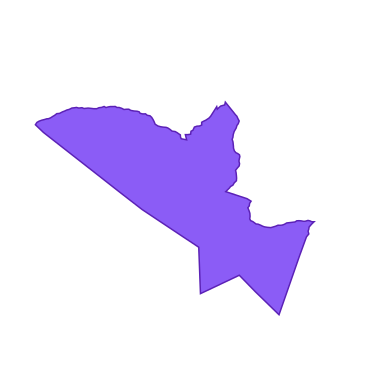 the district of Ipaporanga, Ceará, Brazil, rotated 52°
{"feature_id": "56859067B52253098502550", "entity_name": "Ipaporanga", "entity_type": "district", "adm_level": 2, "iso_a3": "BRA", "parent_name": "Brazil", "parent_adm1": "Ceará", "projection": "natural_earth1", "projection_center": [-40.841, -4.904], "detail": "fine", "context": "isolated", "style": "filled", "palette": "violet", "viewbox_px": 384, "rotation_deg": 52, "n_neighbors": 0, "source": "geoboundaries", "source_scale": "gbopen_adm2", "svg_char_len": 2284}
<svg xmlns="http://www.w3.org/2000/svg" viewBox="0 0 384 384"><g transform="rotate(52 192 192)"><path d="M141.7,110.4L143.5,112.6L141.9,116.6L142.3,121.1L140.0,120.0L143.8,130.7L144.2,133.2L143.9,136.9L143.3,139.5L143.0,141.5L145.2,143.1L144.6,145.5L143.2,147.5L142.3,150.1L143.9,153.3L143.5,155.4L145.6,157.5L144.3,159.8L142.7,161.9L147.6,164.1L143.4,167.7L141.6,167.2L139.8,166.0L137.7,166.7L136.0,167.2L133.9,168.1L131.8,170.2L129.1,170.8L126.7,171.6L125.1,172.6L123.4,174.5L121.4,176.4L119.0,178.2L115.9,179.3L113.0,178.5L111.0,178.1L108.4,177.8L106.0,178.2L104.1,180.0L101.8,180.5L100.2,182.7L98.1,184.4L96.2,184.3L94.5,185.6L92.4,187.9L90.0,190.0L87.9,190.8L86.5,192.6L85.1,194.8L82.7,195.9L80.5,197.4L79.2,199.1L77.4,199.8L75.9,201.8L74.3,203.9L73.3,205.8L72.5,207.8L70.5,208.6L69.7,211.1L68.3,213.4L67.7,215.8L65.9,218.1L63.9,220.1L61.9,222.2L59.7,225.7L57.8,226.8L56.2,229.5L54.2,231.0L53.0,233.2L51.9,234.9L51.3,237.9L50.3,240.2L49.8,242.5L49.1,244.7L48.5,248.0L47.0,250.3L47.0,253.3L46.7,255.3L46.5,257.7L45.9,259.9L44.9,261.4L44.1,263.5L42.9,266.2L42.0,269.0L41.7,271.4L42.6,274.0L53.6,272.4L120.4,255.8L146.3,249.4L151.9,248.0L175.1,242.1L201.7,233.3L239.7,220.7L277.3,247.9L286.7,206.0L309.4,203.5L342.3,199.0L307.9,145.6L306.8,143.8L297.8,129.4L297.0,125.8L294.3,124.6L293.3,123.0L291.7,121.3L291.0,117.7L290.6,114.1L289.2,115.9L287.4,116.8L285.8,118.1L284.7,120.9L283.5,122.4L282.1,123.6L280.6,125.2L279.2,127.1L279.0,129.3L277.2,132.3L274.7,136.4L274.3,139.2L273.6,141.3L272.6,142.9L271.1,144.7L270.4,147.3L269.6,149.3L268.6,151.8L266.2,154.4L264.0,156.4L262.4,157.4L260.3,158.4L257.9,159.8L256.7,161.2L254.5,161.8L252.7,162.3L250.7,163.4L248.8,163.1L246.9,161.2L244.4,159.5L242.0,158.6L238.8,157.7L238.2,155.4L236.5,153.7L235.6,151.1L231.2,152.7L212.5,165.2L212.2,162.8L211.9,160.1L211.4,158.2L211.8,155.6L210.8,153.1L210.5,150.1L208.5,148.3L206.4,146.9L204.0,145.4L201.7,144.3L201.0,141.4L200.5,138.8L199.0,137.1L196.6,136.0L195.1,134.4L193.6,132.5L191.9,131.7L189.8,132.3L188.1,133.2L185.7,133.3L183.0,132.3L181.5,131.2L179.9,130.2L177.8,128.9L175.2,127.9L174.1,126.1L172.1,124.1L170.3,121.5L168.8,117.8L167.2,115.6L166.7,113.6L165.1,111.1L162.3,110.6L159.9,110.0L157.9,110.2L154.8,110.2L141.7,110.4Z" fill="#8b5cf6" stroke="#5b21b6" stroke-width="1.5"/></g></svg>